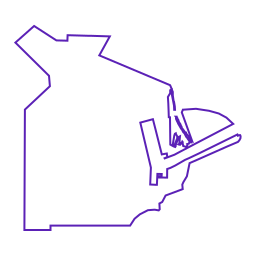 the district of 92, Al Wakrah, Qatar
{"feature_id": "91078587B57954650204567", "entity_name": "92", "entity_type": "district", "adm_level": 2, "iso_a3": "QAT", "parent_name": "Qatar", "parent_adm1": "Al Wakrah", "projection": "mercator", "projection_center": [51.612, 25.031], "detail": "fine", "context": "isolated", "style": "outline", "palette": "violet", "viewbox_px": 256, "rotation_deg": 0, "n_neighbors": 0, "source": "geoboundaries", "source_scale": "gbopen_adm2", "svg_char_len": 2298}
<svg xmlns="http://www.w3.org/2000/svg" viewBox="0 0 256 256"><path d="M24.4,230.0L50.5,230.0L50.5,225.6L130.1,225.6L134.6,218.7L139.9,214.3L147.9,210.2L154.4,209.7L155.4,209.8L158.7,210.4L159.7,209.3L159.4,203.5L162.2,202.0L165.6,195.5L182.7,189.1L182.3,184.6L183.4,182.1L186.9,176.3L189.1,165.5L189.6,163.1L198.1,159.4L227.4,146.4L238.0,141.9L239.5,140.1L240.4,138.4L240.6,136.6L240.4,135.6L240.1,135.1L239.0,135.2L237.9,135.7L237.4,134.5L198.8,153.5L189.3,158.0L185.0,159.9L175.3,165.5L170.4,167.9L167.2,169.0L167.1,177.6L159.1,177.5L159.1,176.1L161.6,176.1L161.7,174.0L157.4,173.9L156.9,184.8L155.7,184.8L150.2,184.5L150.9,167.6L140.3,122.6L152.9,119.2L155.7,130.1L161.8,154.4L166.8,153.5L167.3,157.1L164.6,158.2L164.7,158.4L174.5,154.7L180.3,151.6L194.0,144.4L233.2,123.9L226.4,117.6L218.8,113.5L209.1,110.8L196.0,108.8L183.1,109.7L182.9,109.7L181.8,112.4L192.3,141.5L191.0,141.1L190.8,140.2L189.5,138.1L188.7,137.2L188.3,136.0L186.4,133.8L186.0,132.5L185.1,132.3L182.8,129.1L181.9,128.2L181.5,126.5L181.1,126.1L180.3,124.0L179.0,122.2L178.2,119.7L177.7,119.3L177.3,118.0L176.9,117.5L176.7,116.7L175.8,116.7L176.1,117.1L176.0,118.8L177.3,121.8L177.7,122.2L178.1,123.5L179.4,125.7L181.1,128.7L181.9,129.5L183.2,132.1L184.5,133.4L186.2,136.8L187.4,138.1L187.8,138.9L189.1,140.7L190.6,142.4L189.3,142.4L188.9,143.6L187.2,144.1L187.4,144.5L187.4,145.3L187.0,145.8L186.7,147.1L183.2,146.0L183.0,144.8L182.7,143.7L182.7,143.0L182.7,142.1L182.3,141.6L182.0,142.3L181.6,142.5L181.8,142.6L181.5,143.4L180.8,144.0L180.0,144.8L179.4,144.6L179.1,144.6L178.7,144.5L178.5,144.4L179.0,144.0L179.3,143.6L180.0,136.3L178.3,137.2L178.1,138.9L175.6,145.2L175.7,146.1L175.6,146.4L175.2,147.0L174.2,146.6L174.7,144.7L176.8,139.3L177.2,138.5L177.2,136.3L176.0,134.2L175.8,133.3L174.9,133.8L174.3,135.5L172.9,143.8L172.7,144.4L172.7,144.8L172.5,145.1L172.5,145.8L170.3,144.6L170.0,117.3L168.8,117.2L168.6,111.1L168.3,103.4L167.9,97.0L168.9,95.3L170.2,93.2L170.2,90.2L170.9,89.7L173.2,101.3L174.0,105.6L174.2,109.8L175.0,109.8L174.8,106.4L174.0,101.7L173.6,100.9L172.8,95.3L172.8,91.9L171.9,89.8L171.9,88.9L171.5,88.5L170.1,85.2L99.3,55.4L109.8,36.4L91.0,35.8L88.6,35.8L67.6,35.2L67.4,40.7L56.4,40.4L34.1,26.0L15.4,42.6L49.0,75.8L49.9,86.2L24.9,109.6L24.4,230.0Z" fill="none" stroke="#5b21b6" stroke-width="2"/></svg>